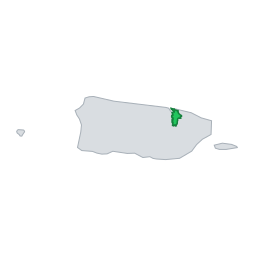 San Juan, Puerto Rico shown in context, rotated 5°
{"feature_id": "32010507B17072559885930", "entity_name": "San Juan", "entity_type": "district", "adm_level": 2, "iso_a3": "PRI", "parent_name": "Puerto Rico", "parent_adm1": "", "projection": "natural_earth1", "projection_center": [-66.066, 18.384], "detail": "fine", "context": "in_parent", "style": "filled", "palette": "green", "viewbox_px": 256, "rotation_deg": 5, "n_neighbors": 0, "source": "geoboundaries", "source_scale": "gbopen_adm2", "svg_char_len": 3559}
<svg xmlns="http://www.w3.org/2000/svg" viewBox="0 0 256 256"><g transform="rotate(5 128 128)"><path d="M168.7,107.2L171.3,109.2L173.8,108.9L171.8,104.9L173.7,104.9L189.7,107.3L200.0,111.5L210.6,113.5L211.3,127.2L203.1,132.7L197.8,138.5L193.5,145.5L182.0,153.7L168.2,156.2L159.0,156.4L155.6,156.1L152.3,154.7L145.4,156.1L136.8,152.5L129.5,153.4L114.9,152.5L109.4,155.6L104.2,156.3L99.1,155.7L94.7,154.4L83.9,154.5L79.4,151.8L81.3,136.1L81.4,129.0L78.8,123.2L75.9,119.5L73.8,115.2L78.0,112.3L81.5,108.1L82.6,101.9L86.5,100.3L90.9,99.6L111.6,102.5L163.8,104.2L166.8,104.7L168.7,107.2ZM227.6,140.8L221.1,141.4L216.8,140.5L215.4,137.6L223.3,134.9L232.6,135.3L237.9,136.9L238.6,138.0L227.6,140.8ZM22.8,145.3L22.0,145.4L21.2,145.3L20.9,145.0L20.3,144.1L18.0,142.6L17.4,141.2L18.0,139.8L18.9,139.2L23.8,139.1L24.3,139.2L25.2,140.2L25.3,140.9L24.8,141.6L23.9,143.3L23.6,143.8L23.3,144.2L23.2,145.0L22.8,145.3Z" fill="#d9dde1" stroke="#a8b0b8" stroke-width="1"/><path d="M176.5,106.7L176.3,106.3L176.2,106.3L175.9,106.4L175.5,106.4L175.2,106.3L175.0,106.2L174.9,106.3L174.6,106.3L174.3,106.1L174.2,106.0L173.8,106.0L173.6,106.0L173.1,105.7L172.8,105.5L172.7,105.4L172.4,105.0L172.1,105.0L171.8,105.1L171.7,105.1L171.4,105.2L170.9,105.0L170.6,105.0L170.4,104.9L170.2,104.9L169.9,104.8L169.7,104.8L169.4,104.7L169.2,104.6L169.2,105.0L169.3,105.1L169.5,105.2L169.6,105.3L169.6,105.5L169.9,105.7L169.9,105.4L170.3,105.4L170.8,105.5L170.8,105.8L170.6,106.1L170.9,106.4L171.1,106.6L171.6,106.9L171.7,107.0L172.3,106.9L172.3,107.0L172.6,107.3L172.7,107.6L172.7,107.8L172.5,107.7L172.4,107.7L171.1,108.6L170.6,108.9L170.5,109.0L170.8,109.3L171.2,109.8L171.3,109.9L171.4,110.1L171.2,110.3L171.2,110.5L171.3,110.6L171.6,111.1L171.6,111.4L171.5,111.6L171.4,111.6L171.1,111.5L170.8,111.5L170.7,111.5L170.5,111.8L170.5,112.0L170.5,112.8L170.6,113.0L170.8,113.2L170.7,113.4L171.0,113.7L171.4,113.7L171.6,113.9L171.7,114.0L171.8,114.1L172.0,114.2L171.8,114.4L171.8,114.7L171.9,114.8L172.0,114.8L172.0,115.0L171.9,115.3L171.9,115.5L172.0,115.5L172.2,115.9L172.1,116.0L171.8,116.0L171.7,116.1L171.4,116.0L171.5,116.2L171.3,116.5L171.4,117.1L171.2,117.3L171.4,117.6L171.5,117.6L171.5,117.8L171.6,117.7L171.6,117.8L171.8,117.8L172.0,118.1L172.3,118.3L172.2,118.6L172.2,118.8L172.1,119.2L172.1,119.4L172.2,119.5L172.2,119.8L172.3,119.8L172.5,120.1L172.5,120.3L172.6,120.5L172.7,120.9L172.6,121.1L172.4,121.2L172.5,121.3L172.4,121.5L172.7,121.5L172.8,121.8L173.1,121.9L173.5,121.8L173.5,121.7L173.7,121.4L174.0,121.2L174.3,121.3L174.6,121.3L174.6,121.2L174.8,121.3L174.8,121.1L175.1,121.2L175.2,121.3L175.5,121.8L175.8,121.6L175.6,121.3L175.6,120.9L175.6,120.6L175.8,120.4L176.0,120.3L176.1,120.0L176.4,119.8L176.6,119.6L176.6,119.4L176.5,119.1L176.6,118.8L176.6,118.6L176.6,118.4L176.6,118.2L176.6,117.6L176.6,117.3L176.6,117.2L176.5,116.8L176.7,116.4L176.7,116.2L176.8,116.1L176.7,115.9L176.7,115.7L176.7,115.4L176.6,115.2L176.6,114.8L176.6,114.7L176.9,114.3L177.0,114.2L177.4,113.7L178.1,113.8L178.4,113.8L178.4,113.7L178.5,113.6L178.8,113.7L179.0,113.8L179.3,113.7L179.6,113.6L179.4,113.3L179.3,113.2L179.3,112.8L179.3,112.5L179.3,112.2L179.6,112.2L179.8,112.0L180.0,112.0L180.2,111.9L180.3,111.8L180.3,111.7L180.3,111.3L180.2,111.2L180.1,110.9L179.9,110.9L179.6,110.7L179.2,110.6L178.9,110.4L178.5,110.0L178.3,109.9L178.1,109.8L177.9,109.7L177.7,109.5L177.6,109.4L177.1,109.0L177.1,108.9L177.0,108.7L176.9,108.6L176.9,108.3L176.8,108.1L176.6,107.8L176.3,107.6L176.1,107.4L176.2,107.1L176.4,107.1L176.4,106.9L176.5,106.7Z" fill="#22c55e" stroke="#15803d" stroke-width="1.5"/></g></svg>